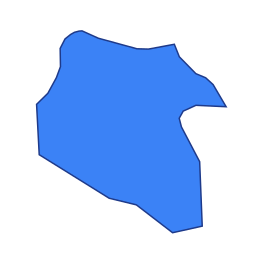 the border of Mozirje, rotated 283°
{"feature_id": "SVN-973", "entity_name": "Mozirje", "entity_type": "Municipality", "adm_level": 1, "iso_a3": "SVN", "parent_name": "Slovenia", "parent_adm1": "", "projection": "orthographic", "projection_center": [14.959, 46.351], "detail": "fine", "context": "isolated", "style": "filled", "palette": "blue", "viewbox_px": 256, "rotation_deg": 283, "n_neighbors": 0, "source": "natural_earth", "source_scale": "10m", "svg_char_len": 513}
<svg xmlns="http://www.w3.org/2000/svg" viewBox="0 0 256 256"><g transform="rotate(283 128 128)"><path d="M36.0,195.0L55.0,153.4L55.3,125.5L82.0,47.5L130.5,33.6L143.8,42.1L160.9,46.9L172.6,48.4L190.3,44.0L200.6,46.6L206.2,51.0L209.2,54.3L211.4,58.5L212.3,61.4L208.8,78.9L207.2,118.9L209.5,130.2L220.0,154.3L208.9,162.0L196.2,181.9L194.4,192.4L189.4,201.2L170.8,218.8L165.4,189.1L156.9,178.0L149.0,175.7L141.1,179.8L111.3,205.4L49.1,222.4L36.0,195.0Z" fill="#3b82f6" stroke="#1e3a8a" stroke-width="1.5"/></g></svg>